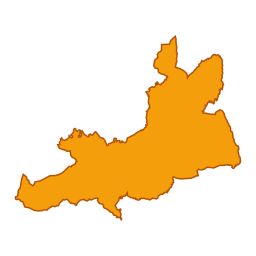 the district of Tonkolili, Northern, Sierra Leone
{"feature_id": "65957751B39959109464342", "entity_name": "Tonkolili", "entity_type": "district", "adm_level": 2, "iso_a3": "SLE", "parent_name": "Sierra Leone", "parent_adm1": "Northern", "projection": "mercator", "projection_center": [-11.945, 8.764], "detail": "fine", "context": "isolated", "style": "filled", "palette": "amber", "viewbox_px": 256, "rotation_deg": 0, "n_neighbors": 0, "source": "geoboundaries", "source_scale": "gbopen_adm2", "svg_char_len": 5869}
<svg xmlns="http://www.w3.org/2000/svg" viewBox="0 0 256 256"><path d="M15.5,196.9L15.4,198.2L15.8,199.2L16.9,199.6L18.0,199.1L19.5,199.6L21.1,201.4L22.8,201.6L24.9,207.0L28.8,207.7L34.5,210.4L38.0,210.9L42.3,210.6L44.6,209.7L47.0,210.1L48.8,208.3L50.9,207.2L51.8,206.3L53.5,206.1L54.9,206.7L57.2,205.7L58.4,205.7L59.5,203.1L62.7,200.4L63.0,199.4L64.7,200.0L66.2,199.2L67.5,199.6L70.6,203.2L74.9,203.8L75.2,204.8L75.9,204.8L76.1,205.3L76.5,205.1L76.5,204.0L77.2,203.7L77.6,202.7L80.2,200.2L84.3,199.3L84.6,200.1L87.1,201.0L89.0,199.5L89.0,199.8L89.6,199.5L91.3,199.9L94.7,198.4L97.1,198.0L98.1,198.7L97.5,200.2L98.2,201.9L99.5,203.5L102.4,204.2L103.6,205.2L103.3,206.5L104.0,207.8L107.0,209.1L109.6,211.2L109.6,211.6L112.5,212.7L113.7,215.1L115.7,215.5L117.1,216.6L116.6,217.3L116.9,217.6L120.0,217.4L121.2,219.7L121.6,219.0L120.5,216.8L121.0,214.1L119.8,211.4L119.8,211.0L120.7,210.5L120.6,209.1L119.6,209.4L118.9,210.1L117.4,209.7L115.1,205.4L118.8,200.4L119.3,197.5L120.7,196.6L120.5,198.1L120.8,198.6L121.9,198.6L122.5,196.4L125.3,196.0L127.3,192.8L127.3,195.4L127.8,195.8L130.7,197.6L132.9,197.9L133.6,198.5L134.1,198.2L135.1,198.9L135.4,198.5L135.6,199.2L136.1,198.9L136.7,199.7L137.6,199.6L138.5,200.2L139.6,199.7L139.9,198.9L140.2,199.2L141.3,198.1L142.2,198.5L144.1,198.2L145.5,199.0L147.3,199.0L149.8,199.9L152.7,198.1L156.3,198.9L157.5,198.4L158.2,196.2L160.5,194.5L161.8,194.1L162.5,194.4L164.2,192.6L164.5,193.0L165.7,192.3L166.8,192.6L166.9,191.5L167.6,191.9L167.7,191.4L167.6,190.5L168.0,190.2L168.1,190.8L168.4,190.7L169.9,187.9L171.2,187.4L171.9,185.3L171.5,184.5L172.5,184.4L173.0,183.2L172.8,182.9L173.6,182.2L173.3,179.7L172.6,178.6L173.2,176.8L176.4,178.1L180.6,178.9L191.2,178.2L196.6,175.9L198.3,175.7L198.4,175.3L197.4,175.1L197.8,173.2L197.1,170.6L198.8,169.2L199.8,169.8L202.4,169.8L205.2,168.7L207.0,167.2L213.9,167.9L219.6,165.4L223.8,165.4L226.3,164.7L227.9,165.1L228.4,164.7L229.4,165.3L229.8,165.0L231.8,165.6L232.3,166.7L231.9,167.3L232.7,168.2L233.2,168.4L234.4,167.7L234.7,166.5L235.6,166.2L235.5,165.2L236.6,165.5L237.3,164.4L238.0,164.7L239.5,163.6L240.2,162.7L240.2,161.3L240.6,160.9L240.0,157.5L239.6,156.6L239.2,156.7L238.5,153.1L238.0,152.3L238.3,149.2L238.7,149.3L238.8,148.6L238.3,146.2L236.4,145.5L233.8,140.9L234.2,139.9L232.7,137.1L233.0,136.2L232.4,132.7L232.0,131.8L231.1,131.5L230.5,130.1L230.7,128.9L230.0,126.6L228.7,124.9L228.4,123.2L227.4,122.4L227.2,121.1L224.8,116.5L224.2,113.8L222.5,111.0L220.1,109.8L216.1,112.0L215.5,112.6L215.4,114.4L209.6,114.1L205.4,113.1L203.4,113.2L202.4,111.3L203.7,111.3L203.7,109.8L205.2,108.1L205.4,106.1L206.0,106.1L205.6,105.3L206.5,105.4L207.4,103.9L207.6,102.7L208.5,102.4L209.1,101.3L209.4,102.2L211.0,101.1L211.1,100.5L211.2,101.2L210.6,101.8L211.2,102.7L212.5,102.2L212.6,102.9L213.4,103.1L213.6,103.7L214.0,103.5L214.9,99.2L215.3,98.9L215.8,99.2L215.9,99.9L216.7,100.6L217.4,99.5L217.0,99.0L218.1,96.8L218.5,94.2L219.4,94.1L220.0,92.9L219.7,92.4L220.3,89.7L219.8,89.7L220.6,88.8L221.1,89.3L222.3,89.4L222.2,87.7L222.8,87.1L222.7,85.8L223.5,84.5L222.8,83.9L222.9,82.6L221.2,80.8L221.4,79.2L222.0,78.5L222.2,75.9L221.8,75.3L222.6,74.1L222.6,72.3L222.2,72.0L222.6,69.7L222.1,67.4L222.7,65.2L222.2,64.4L222.2,60.6L221.5,58.5L220.7,58.2L219.8,56.3L219.3,56.8L218.8,55.2L217.5,54.8L216.2,55.5L214.7,54.5L214.0,54.9L213.5,54.6L212.1,55.9L210.7,58.1L209.2,58.4L208.4,59.1L207.9,58.5L206.2,59.9L205.3,60.1L205.3,60.6L203.1,61.3L201.9,60.6L200.6,63.2L198.9,64.3L199.4,66.0L197.3,67.1L193.2,72.0L188.5,75.8L187.5,77.6L187.3,75.2L186.4,73.2L183.5,70.6L180.3,68.8L175.3,67.2L176.0,64.5L175.9,63.6L176.9,61.3L176.6,60.7L176.6,57.7L177.2,53.3L176.5,52.8L176.7,47.0L176.0,42.4L176.0,38.9L175.2,36.3L170.9,40.4L169.4,44.3L161.6,44.5L161.5,50.4L160.1,51.7L158.9,52.2L157.3,54.6L157.9,57.4L155.1,59.7L154.5,61.2L153.8,65.9L155.2,68.2L157.7,68.5L158.3,69.5L158.2,71.1L158.8,72.5L161.4,74.0L163.4,74.3L167.2,76.3L167.5,77.2L166.5,77.4L166.4,79.8L165.4,79.5L164.6,80.0L164.4,81.5L163.7,81.6L162.9,83.1L161.3,83.5L161.0,84.7L158.8,84.2L157.3,82.0L156.9,82.2L157.6,83.5L157.3,84.1L156.7,83.3L155.5,83.3L155.3,83.8L156.1,85.0L154.5,87.2L154.0,87.5L152.3,86.7L150.0,87.9L148.8,89.1L149.9,90.0L148.9,91.6L147.5,91.4L146.0,91.9L147.3,93.6L147.4,94.7L148.7,95.2L148.2,96.2L149.0,96.6L148.4,101.1L148.6,103.5L149.3,104.9L149.5,108.0L148.8,108.2L148.1,110.0L146.5,111.3L147.2,112.1L146.6,114.4L146.7,116.0L146.2,117.0L146.9,120.9L146.5,122.3L147.4,123.9L146.8,125.4L145.9,125.0L146.0,127.0L144.5,128.0L143.4,130.0L142.1,129.7L141.6,130.8L140.7,130.4L136.0,133.2L134.7,134.4L127.3,138.1L126.7,141.0L125.8,142.4L124.8,142.7L123.4,142.1L122.3,142.2L122.3,141.2L121.8,141.0L120.7,142.7L120.1,142.7L119.6,142.4L119.7,140.8L119.1,140.5L117.6,140.6L116.3,141.6L115.9,140.0L116.3,138.7L115.8,138.3L114.1,138.4L113.6,140.4L114.4,141.9L114.1,142.5L112.7,142.1L110.5,143.4L108.9,143.6L108.0,145.3L107.5,145.5L106.9,145.4L105.0,140.7L103.4,138.4L100.3,137.6L96.1,132.1L95.5,131.8L94.7,132.3L92.5,135.1L91.4,135.2L90.6,134.1L89.9,134.1L88.8,135.0L88.8,136.6L87.8,136.6L84.4,134.5L82.2,131.0L81.4,132.3L81.6,134.5L81.2,136.1L80.3,136.9L78.8,137.3L78.4,136.0L79.8,135.2L80.0,132.1L81.0,131.0L79.7,130.0L78.8,130.1L77.3,131.4L76.3,130.7L75.6,128.8L74.4,128.5L73.7,129.7L73.3,132.5L70.9,135.0L72.7,136.3L72.3,137.5L71.3,137.8L69.2,135.8L69.2,137.3L68.8,137.7L66.3,139.7L64.1,140.4L62.3,139.5L61.7,137.9L60.5,139.0L60.7,140.4L59.4,142.6L59.9,144.3L59.7,144.7L57.7,144.7L58.9,147.5L59.6,148.3L62.9,149.6L64.8,149.9L67.0,151.3L70.2,150.9L70.8,155.4L72.1,157.2L74.9,158.6L76.8,161.1L76.0,161.6L75.2,164.0L71.7,165.7L71.2,166.8L69.9,166.3L69.0,166.5L62.3,172.9L59.2,174.4L54.9,175.6L50.1,175.7L40.8,180.6L34.7,182.1L34.1,184.5L32.9,185.7L29.5,183.5L28.6,180.1L27.7,180.0L27.0,179.4L26.6,177.1L23.3,174.4L21.7,178.8L20.4,187.1L18.2,190.8L17.8,195.6L17.2,196.4L15.5,196.9Z" fill="#f59e0b" stroke="#b45309" stroke-width="1.5"/></svg>